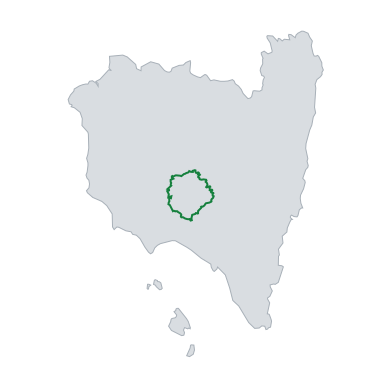 Cuenca on a map of Spain (orthographic projection), rotated 92°
{"feature_id": "ESP-5818", "entity_name": "Cuenca", "entity_type": "Autonomous Community", "adm_level": 1, "iso_a3": "ESP", "parent_name": "Spain", "parent_adm1": "", "projection": "orthographic", "projection_center": [-2.034, 39.943], "detail": "fine", "context": "in_parent", "style": "outline", "palette": "green", "viewbox_px": 384, "rotation_deg": 92, "n_neighbors": 0, "source": "natural_earth", "source_scale": "10m", "svg_char_len": 6398}
<svg xmlns="http://www.w3.org/2000/svg" viewBox="0 0 384 384"><g transform="rotate(92 192 192)"><path d="M204.1,80.8L204.1,81.9L206.0,84.1L211.8,85.3L213.2,86.2L213.0,89.1L211.6,91.7L212.8,92.8L214.2,92.8L215.9,90.7L216.2,92.0L218.9,93.3L224.6,95.5L228.7,95.8L233.0,100.3L239.8,99.3L246.1,103.6L251.9,102.5L253.2,103.3L262.2,103.2L262.6,99.6L263.6,98.1L279.3,102.6L281.4,105.6L281.1,107.1L282.1,110.7L284.1,110.5L288.1,108.3L293.6,110.6L295.1,112.7L296.2,112.8L300.1,110.5L311.1,112.5L311.4,110.8L312.1,110.3L316.6,108.5L318.4,108.0L324.3,108.8L325.1,110.9L326.3,111.6L326.9,113.3L323.6,114.6L323.4,117.6L325.6,120.1L326.1,124.6L320.6,130.7L304.3,141.3L299.0,147.4L286.6,151.0L273.7,155.8L266.1,163.8L268.1,164.4L270.6,167.0L269.8,168.2L266.5,170.1L263.4,170.7L257.9,180.5L250.2,190.6L247.4,195.2L241.3,206.9L241.3,210.2L244.7,221.7L246.5,224.7L249.1,227.2L253.9,229.2L255.2,231.3L253.6,233.4L248.8,237.1L240.6,242.2L237.1,246.1L236.4,249.8L233.9,251.5L233.1,256.7L229.8,264.0L229.6,265.9L232.3,268.5L229.7,270.2L216.7,271.0L208.6,276.7L204.6,281.7L200.9,291.0L196.4,296.5L194.4,297.5L191.4,295.1L187.5,294.7L183.8,295.5L181.8,297.4L178.8,298.5L175.8,297.5L169.3,296.9L166.5,297.0L162.0,298.5L158.1,297.4L151.7,296.7L137.6,297.6L135.8,298.2L129.4,304.3L122.5,304.2L116.3,306.6L111.9,312.5L111.0,315.8L109.8,314.9L108.9,315.2L108.3,317.6L103.9,319.0L99.2,316.8L95.3,313.6L93.2,313.3L90.0,308.4L88.7,305.3L87.8,302.0L87.8,299.8L84.9,298.3L84.3,295.3L86.7,291.5L89.7,289.5L86.9,289.6L84.9,292.0L82.6,287.9L72.8,279.5L73.5,276.8L71.7,278.8L70.5,279.3L65.3,278.6L59.3,279.2L57.6,265.9L59.3,261.4L66.5,252.7L70.7,251.7L72.6,247.2L68.8,247.2L63.3,237.8L65.3,229.6L71.6,223.7L72.8,221.2L73.1,218.9L72.1,217.2L68.9,216.1L65.9,209.3L65.4,205.1L62.8,202.6L60.8,198.4L62.8,197.9L71.2,198.4L73.3,197.5L75.0,194.8L76.8,190.4L77.4,187.6L74.3,183.5L74.2,182.7L74.8,181.4L80.1,177.3L79.2,174.0L80.4,167.2L80.2,163.2L79.8,159.9L78.3,155.5L79.6,153.8L82.3,152.5L84.5,149.2L87.7,146.4L91.8,144.3L96.7,139.4L96.1,137.1L94.6,135.7L88.9,134.5L88.6,133.4L88.9,127.9L87.5,125.6L85.5,125.7L82.4,124.6L81.6,125.2L77.6,124.8L74.9,123.6L73.7,124.4L73.2,126.3L68.4,128.1L65.8,127.8L61.5,125.8L56.6,126.1L56.0,125.6L51.7,127.6L50.3,127.6L48.7,124.8L51.3,120.9L49.6,117.1L48.3,116.8L40.3,119.0L35.5,122.3L33.7,122.6L33.1,121.9L33.3,116.8L38.4,111.7L35.5,111.1L35.8,109.5L37.9,107.1L36.1,105.1L36.5,99.6L32.2,101.0L31.1,100.7L31.3,98.5L34.2,94.2L31.5,93.5L29.6,91.7L27.4,87.9L27.5,86.0L29.3,81.6L33.1,79.8L36.9,77.0L41.7,77.9L49.2,75.9L51.8,74.7L51.9,72.8L51.1,71.3L52.0,70.1L58.2,66.8L61.7,66.6L65.5,65.0L67.8,66.3L70.0,66.1L72.3,67.6L75.3,71.1L80.0,72.7L83.8,71.9L103.1,72.5L108.7,71.2L112.8,73.4L121.0,74.6L125.9,76.5L139.6,79.7L144.6,79.9L154.6,77.4L157.3,78.1L161.4,76.8L163.3,77.1L165.7,79.1L174.5,81.8L176.8,79.6L178.6,79.2L184.9,80.6L191.3,83.4L194.6,83.6L199.4,82.8L204.1,80.8ZM327.8,194.7L330.3,195.7L332.7,194.6L334.1,194.8L335.4,195.2L335.9,197.3L331.1,207.7L326.9,210.7L322.4,208.8L319.9,208.4L319.1,207.6L318.3,204.4L317.2,203.4L315.5,203.0L312.2,205.8L311.1,204.1L309.5,203.9L308.8,202.9L308.8,201.5L318.7,193.1L321.6,191.2L327.8,188.9L328.8,189.1L328.0,190.3L328.9,191.4L327.8,194.7ZM356.6,188.7L355.8,191.6L347.9,188.4L345.4,188.1L344.8,187.6L344.9,184.8L349.9,184.0L354.1,185.1L356.6,188.7ZM286.5,225.1L285.7,227.2L281.8,226.6L280.9,225.8L281.7,223.5L282.7,223.2L282.8,221.6L283.9,220.0L289.3,218.4L290.5,219.5L290.8,221.0L287.7,224.6L286.5,225.1ZM290.6,233.0L290.0,233.5L285.8,233.2L285.7,231.9L286.5,230.0L288.1,231.8L290.5,232.1L290.6,233.0Z" fill="#d9dde1" stroke="#a8b0b8" stroke-width="1"/><path d="M220.2,191.2L220.6,192.4L220.3,192.7L219.3,193.2L219.1,193.4L219.1,193.6L219.3,194.0L219.3,194.5L219.3,195.0L219.3,195.5L219.2,196.0L218.8,197.7L218.6,198.2L218.5,198.5L218.2,198.9L217.6,199.9L217.6,200.2L217.5,200.5L217.7,201.2L217.7,201.5L217.6,201.8L217.4,202.0L217.2,202.1L216.8,202.3L216.3,202.3L216.1,202.2L215.9,202.1L215.5,201.9L215.2,201.9L214.8,202.0L214.3,202.4L213.8,203.0L213.6,203.2L212.7,204.9L212.5,205.3L212.2,205.6L211.9,205.8L211.8,206.2L211.7,206.3L211.7,206.5L211.8,206.6L211.8,206.8L211.8,207.0L211.8,207.3L211.8,207.5L211.8,207.8L211.9,208.0L211.7,208.2L211.7,208.3L211.7,208.7L211.5,209.2L211.4,209.5L211.4,209.8L211.5,210.0L211.8,210.4L205.8,213.7L205.1,215.1L203.2,214.9L202.1,214.3L199.5,214.6L198.6,213.2L198.8,212.8L197.0,212.5L198.1,215.5L195.0,215.1L192.0,216.8L191.2,215.0L190.5,215.1L189.9,216.6L186.4,213.0L186.0,213.5L185.0,213.5L183.7,213.1L182.6,213.7L180.6,213.8L179.4,211.2L178.4,212.6L177.1,212.7L176.7,212.2L177.4,211.4L176.5,210.1L175.9,208.7L176.1,204.5L176.5,203.2L174.3,200.6L173.9,199.2L173.2,198.4L172.8,196.8L171.9,195.8L171.2,195.5L171.9,193.7L171.9,191.9L170.8,192.0L170.1,189.9L170.3,189.3L171.5,189.3L172.0,189.1L172.4,188.8L172.7,188.6L172.8,188.3L172.8,188.1L172.7,187.9L172.6,187.7L172.4,187.2L172.3,186.8L172.2,186.5L172.3,186.3L172.6,186.4L172.8,186.0L174.0,186.5L173.9,185.2L174.5,184.7L175.7,186.0L176.6,186.4L176.8,186.4L177.1,186.2L177.3,185.9L177.5,185.3L177.7,185.1L178.8,184.9L179.0,184.7L179.4,182.9L179.0,181.0L179.3,178.3L180.2,177.9L181.4,178.7L182.4,177.5L183.7,176.9L184.4,176.9L185.0,177.0L186.6,178.0L186.7,177.9L186.8,177.8L186.9,177.6L186.9,177.4L186.8,177.2L186.7,176.9L186.2,176.6L186.0,176.3L186.0,176.1L186.2,175.5L186.2,175.4L185.8,174.8L185.7,174.5L185.8,174.1L186.2,173.9L186.9,174.8L187.0,174.9L188.6,174.2L189.4,174.4L189.6,174.4L189.7,174.1L189.6,173.7L189.0,172.8L189.0,172.5L189.0,172.2L189.2,171.9L189.4,171.8L189.7,171.8L190.2,172.1L191.1,173.0L191.4,173.0L191.6,172.9L191.9,172.6L192.0,172.3L192.1,171.9L192.1,171.0L192.2,170.7L192.5,170.6L193.2,171.1L194.0,171.4L194.5,171.3L194.9,171.2L195.1,171.0L195.2,170.8L195.4,170.2L195.7,170.2L197.2,170.8L198.5,172.1L199.4,172.5L199.7,172.5L200.4,172.2L200.7,172.2L201.0,172.4L202.0,174.3L202.8,177.7L204.0,178.6L204.7,178.9L205.2,179.3L206.2,180.7L206.3,181.2L206.3,181.5L206.2,181.8L206.3,182.2L206.4,182.3L206.5,182.2L207.1,182.1L207.7,182.4L210.3,184.9L210.7,185.2L210.9,185.3L211.2,185.1L211.5,185.1L211.8,185.2L212.2,185.3L212.5,185.3L213.1,185.2L213.2,185.3L213.3,185.6L213.3,185.8L213.3,186.0L213.1,186.4L213.0,186.7L212.9,187.4L213.0,187.5L213.8,188.0L214.0,188.4L214.1,188.8L214.8,190.9L215.0,191.1L215.5,191.1L217.1,191.4L217.8,191.6L218.2,191.7L218.4,191.6L218.6,191.5L219.1,191.5L219.5,191.4L220.2,191.2Z" fill="none" stroke="#15803d" stroke-width="2"/></g></svg>